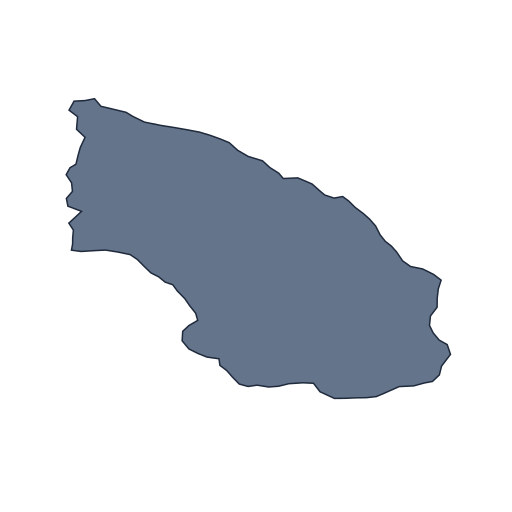 the district of São João das Duas Pontes, São Paulo, Brazil, rotated 99°
{"feature_id": "56859067B69190017157520", "entity_name": "São João das Duas Pontes", "entity_type": "district", "adm_level": 2, "iso_a3": "BRA", "parent_name": "Brazil", "parent_adm1": "São Paulo", "projection": "equal_earth", "projection_center": [-50.384, -20.408], "detail": "fine", "context": "isolated", "style": "filled", "palette": "slate", "viewbox_px": 512, "rotation_deg": 99, "n_neighbors": 0, "source": "geoboundaries", "source_scale": "gbopen_adm2", "svg_char_len": 1568}
<svg xmlns="http://www.w3.org/2000/svg" viewBox="0 0 512 512"><g transform="rotate(99 256 256)"><path d="M161.0,264.4L158.9,279.2L154.5,290.6L148.3,300.1L146.0,309.6L144.0,320.1L142.5,331.0L142.1,343.8L141.9,356.7L141.9,370.3L141.2,387.2L137.3,399.8L134.4,406.8L133.3,420.7L132.4,432.6L125.9,440.1L129.2,449.1L131.5,459.9L141.2,463.5L146.3,454.0L158.9,453.1L165.5,443.4L176.2,446.5L183.6,447.4L193.5,448.2L197.9,453.5L205.4,456.2L212.6,449.6L220.9,447.4L228.8,452.3L236.2,449.6L239.2,435.3L247.0,441.4L252.8,446.0L259.0,440.4L266.9,439.9L272.9,439.0L279.1,439.2L278.9,429.5L275.9,416.1L273.7,405.6L273.7,393.0L274.3,380.6L277.9,372.8L283.9,364.6L289.1,357.2L291.8,348.9L296.1,341.5L297.4,333.7L302.8,328.3L309.3,319.6L315.5,313.7L322.0,306.6L328.7,303.5L335.1,311.3L341.8,316.6L351.3,315.7L358.4,307.6L361.4,297.9L363.5,288.7L363.3,276.5L369.7,274.5L373.7,267.0L379.2,260.4L385.1,252.5L386.1,243.4L383.4,234.7L383.4,223.0L381.1,213.3L377.0,203.6L373.9,189.9L372.7,179.3L380.1,171.5L384.4,156.2L382.7,146.2L380.5,135.3L378.6,124.5L376.0,115.1L370.0,105.6L362.6,94.2L359.6,79.9L355.1,69.9L352.3,62.1L344.8,56.3L335.7,55.5L322.7,48.5L313.6,53.3L310.4,61.9L304.1,69.1L297.4,73.8L287.9,74.3L278.3,69.1L269.4,70.4L260.0,70.8L250.9,69.4L246.4,77.7L242.7,89.5L242.2,101.7L237.9,110.4L230.0,117.8L225.0,123.9L221.3,130.6L215.7,136.7L207.6,142.6L201.8,149.6L197.3,156.6L192.5,165.7L187.3,172.9L183.7,179.7L186.6,188.0L185.0,197.7L181.1,204.1L176.1,211.9L172.3,226.9L175.2,241.2L170.7,246.4L166.5,256.1L161.0,264.4Z" fill="#64748b" stroke="#1e293b" stroke-width="1.5"/></g></svg>